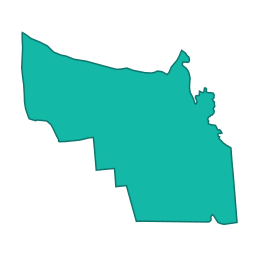 outline of Prey Veng, Prey Vêng, Cambodia, rotated 175°
{"feature_id": "14789045B86524925966817", "entity_name": "Prey Veng", "entity_type": "district", "adm_level": 2, "iso_a3": "KHM", "parent_name": "Cambodia", "parent_adm1": "Prey Vêng", "projection": "robinson", "projection_center": [105.325, 11.475], "detail": "fine", "context": "isolated", "style": "filled", "palette": "teal", "viewbox_px": 256, "rotation_deg": 175, "n_neighbors": 0, "source": "geoboundaries", "source_scale": "gbopen_adm2", "svg_char_len": 2158}
<svg xmlns="http://www.w3.org/2000/svg" viewBox="0 0 256 256"><g transform="rotate(175 128 128)"><path d="M224.9,232.3L225.3,231.0L225.4,228.6L225.7,224.3L225.9,218.0L226.6,212.1L227.7,204.1L228.6,197.2L228.5,189.0L228.1,180.0L228.4,169.7L228.8,162.9L228.3,156.1L226.8,149.9L225.7,145.9L223.2,144.8L219.2,143.3L218.3,143.9L213.4,143.1L208.3,142.1L204.2,137.8L202.0,132.3L199.8,126.3L198.1,122.4L198.3,120.8L197.4,120.3L194.6,120.2L191.1,120.0L187.4,120.1L182.6,120.1L177.2,120.2L172.2,120.9L168.0,121.6L163.3,121.6L163.2,107.2L163.3,88.8L148.8,88.9L145.0,88.8L145.0,81.5L145.2,70.6L134.6,70.8L127.8,34.3L121.7,33.9L56.4,27.4L55.0,27.6L53.3,29.0L53.2,32.3L51.7,34.4L50.2,33.1L46.6,26.0L42.9,24.3L40.6,23.7L27.6,24.4L27.3,70.6L27.4,85.1L27.2,99.2L29.1,100.6L31.7,102.4L34.4,104.8L36.6,107.6L38.3,109.6L37.5,111.2L38.7,111.8L39.2,113.4L38.2,114.8L36.3,114.5L34.9,114.7L35.3,116.1L36.2,117.5L37.0,118.3L38.5,118.2L39.3,119.5L40.1,121.9L40.9,123.1L42.5,123.4L44.6,123.9L47.0,124.8L47.7,126.5L47.0,127.7L47.9,129.6L47.3,131.2L46.4,132.2L45.4,132.3L44.2,133.5L43.0,133.6L41.1,135.5L40.6,137.4L41.4,139.7L40.8,140.8L39.7,141.7L39.9,144.8L39.6,146.3L40.7,147.6L41.4,149.3L39.8,150.4L39.6,151.7L39.3,153.6L40.1,155.3L42.6,156.0L44.6,156.1L46.0,156.6L46.8,157.3L46.7,158.6L46.3,159.9L47.1,161.1L48.3,161.1L48.8,159.7L48.9,157.8L50.2,156.7L51.4,157.2L53.6,158.4L53.9,155.8L54.1,154.6L55.5,154.0L56.5,154.3L57.7,154.0L58.3,152.4L57.9,151.3L57.5,150.0L56.8,148.4L57.7,146.5L58.7,146.0L59.3,147.2L59.7,148.8L60.3,151.3L61.0,153.2L61.6,154.8L62.2,156.2L62.8,157.4L63.2,160.5L63.2,163.7L62.5,168.4L61.8,172.0L62.3,176.5L63.1,179.5L65.0,182.6L67.2,184.6L68.4,185.8L68.1,187.6L67.7,188.8L65.2,188.7L63.3,188.2L62.1,188.3L61.1,189.4L60.8,191.0L61.2,193.3L62.7,194.8L64.2,197.6L67.7,200.7L70.8,195.0L73.3,191.2L79.7,184.7L82.6,179.2L84.7,177.9L87.8,180.2L89.4,181.1L91.0,181.6L93.9,182.1L97.0,181.0L100.2,180.7L106.7,181.7L117.4,184.8L123.9,187.8L129.9,187.3L134.3,187.4L139.1,189.1L151.4,193.6L163.6,198.1L175.9,201.2L183.1,204.9L188.5,206.5L195.6,210.2L201.2,216.8L208.4,221.3L216.8,225.6L221.9,230.1L224.9,232.3Z" fill="#14b8a6" stroke="#0f766e" stroke-width="1.5"/></g></svg>